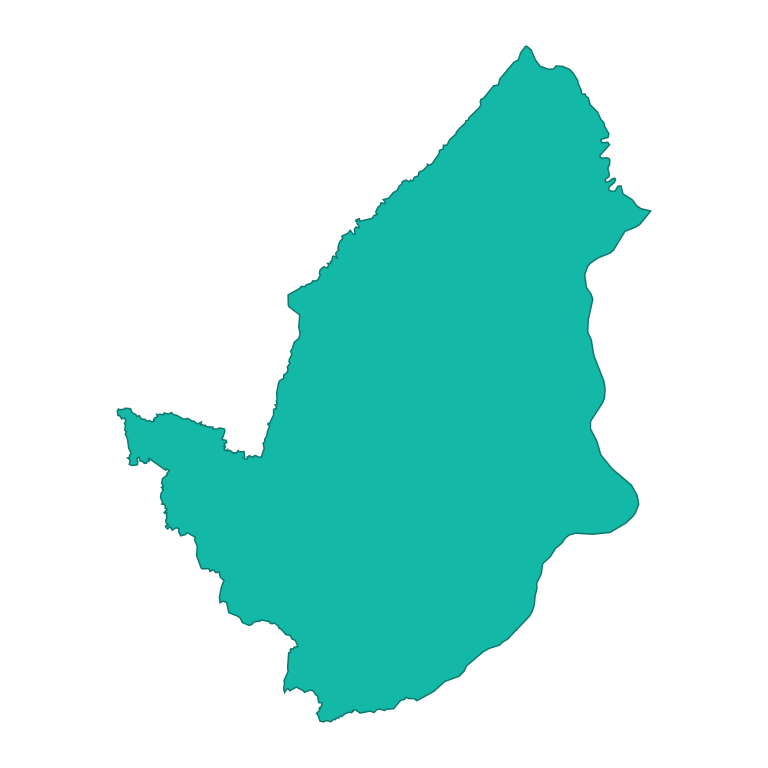 the district of Puerto Berrío, Antioquia, Colombia
{"feature_id": "7082276B36153632793263", "entity_name": "Puerto Berrío", "entity_type": "district", "adm_level": 2, "iso_a3": "COL", "parent_name": "Colombia", "parent_adm1": "Antioquia", "projection": "orthographic", "projection_center": [-74.62, 6.504], "detail": "fine", "context": "isolated", "style": "filled", "palette": "teal", "viewbox_px": 768, "rotation_deg": 0, "n_neighbors": 0, "source": "geoboundaries", "source_scale": "gbopen_adm2", "svg_char_len": 6105}
<svg xmlns="http://www.w3.org/2000/svg" viewBox="0 0 768 768"><path d="M380.8,202.9L380.3,205.5L378.0,207.1L375.7,212.1L377.3,214.3L373.9,215.5L372.3,218.3L359.8,221.3L359.4,218.7L356.0,220.0L355.7,221.0L357.1,221.4L357.0,223.4L359.3,226.6L358.4,228.0L356.2,226.9L354.3,229.3L355.0,234.1L353.2,234.3L350.2,230.3L347.8,233.4L341.8,236.1L342.7,238.4L339.7,241.9L338.2,246.3L338.0,248.8L339.0,249.8L336.2,252.4L335.7,254.0L337.1,257.9L334.1,256.1L332.8,256.4L331.7,261.1L330.4,261.7L330.8,263.5L327.7,263.5L328.6,264.5L327.7,267.9L323.5,266.8L320.0,270.1L319.4,273.6L320.3,274.9L317.9,279.6L315.7,281.2L313.1,280.6L311.2,283.2L306.2,284.9L304.8,286.7L301.3,286.4L299.7,288.4L288.1,294.9L288.3,305.4L289.3,307.0L299.7,314.9L298.8,327.0L300.1,334.2L298.7,338.5L294.2,342.3L292.3,348.7L290.6,351.2L291.9,354.3L289.5,358.8L289.0,361.7L290.0,363.4L287.4,366.8L288.0,370.3L286.2,373.5L283.8,374.8L283.7,378.2L279.6,380.8L278.6,383.0L276.6,393.3L277.1,399.9L276.3,401.1L277.3,404.3L275.1,404.8L276.7,408.2L273.6,409.4L273.5,415.2L269.7,423.1L268.0,423.4L267.9,424.6L269.9,425.7L267.6,430.9L266.8,435.7L264.7,439.4L264.9,441.7L263.1,443.2L264.2,448.3L261.3,457.0L259.2,457.3L255.2,455.4L252.0,457.4L249.3,455.5L248.3,457.0L247.2,456.9L247.1,458.9L246.0,459.3L243.4,458.0L244.6,457.2L244.1,451.6L239.2,451.9L238.2,450.6L236.1,453.0L234.2,452.6L233.7,453.4L229.9,450.3L227.3,451.0L227.5,449.5L226.2,450.5L224.0,449.5L225.4,447.2L223.9,446.4L225.0,445.7L224.3,443.6L226.8,442.4L226.2,440.4L222.0,439.5L224.9,431.2L224.2,428.9L219.2,428.0L216.4,429.4L212.8,428.7L213.0,427.2L206.3,426.6L205.3,425.2L204.1,425.8L202.5,424.6L200.7,425.0L201.4,422.1L197.2,424.0L194.1,421.1L192.1,421.1L187.7,418.4L183.7,419.3L177.5,415.7L172.8,414.2L171.5,412.5L168.5,414.0L164.1,413.0L163.4,414.8L159.7,414.2L157.9,415.1L156.8,414.4L157.6,417.0L155.1,417.6L153.4,419.8L154.2,421.1L152.2,421.8L149.4,420.6L146.5,421.3L145.2,419.4L141.4,419.0L139.1,415.5L136.8,416.6L135.9,414.5L132.1,412.7L130.7,409.0L129.6,408.6L125.1,408.2L123.8,409.3L119.7,409.7L118.4,409.0L117.3,411.0L117.9,415.4L120.0,416.0L121.6,418.9L124.5,417.9L125.3,419.6L125.7,422.0L124.4,423.2L125.3,424.9L124.9,430.4L126.4,431.9L125.2,433.9L127.4,438.4L128.7,448.1L131.2,453.9L129.6,455.0L129.3,457.6L127.6,458.0L130.3,460.0L129.2,464.4L132.1,465.5L137.4,464.8L137.8,461.1L136.6,458.7L139.0,457.1L140.1,460.8L142.8,461.7L144.4,463.4L146.4,463.2L146.9,462.0L149.2,461.0L149.5,459.9L148.3,458.7L148.8,458.3L165.7,470.2L166.5,468.7L169.1,470.6L166.9,473.6L167.1,474.9L162.5,478.7L161.7,483.2L163.2,486.4L161.6,487.4L163.0,488.1L162.2,489.1L163.3,490.0L161.1,493.3L160.5,497.7L162.7,502.6L161.7,504.0L164.4,504.4L165.5,506.3L165.0,508.0L167.1,509.1L164.1,512.7L165.0,513.4L165.9,512.1L166.8,512.6L166.4,516.2L167.3,517.5L165.8,519.8L166.1,523.0L168.3,524.9L165.6,525.9L165.6,526.7L167.4,528.9L170.3,526.9L172.2,530.2L176.0,527.8L179.0,528.5L178.6,531.8L180.7,535.8L185.2,534.7L187.3,532.6L195.5,537.4L194.5,539.7L197.3,546.4L196.6,555.6L201.2,568.1L202.5,568.9L208.9,568.6L210.0,571.4L213.4,569.8L215.9,572.7L219.0,571.9L220.3,577.1L224.0,580.6L221.5,586.7L219.4,597.3L220.1,602.7L223.2,601.1L226.7,602.6L228.8,612.7L237.1,615.9L240.1,617.9L242.3,622.5L249.1,625.4L251.7,624.5L254.2,621.8L260.1,621.1L261.4,619.9L269.6,621.8L270.1,623.2L272.1,623.8L274.5,623.0L278.2,625.9L279.1,628.3L281.6,629.5L285.7,634.5L290.6,635.6L291.9,638.9L295.3,640.4L297.9,646.6L294.1,647.1L293.5,649.0L290.8,648.8L290.2,649.9L290.8,652.1L288.7,652.8L287.6,668.1L288.2,671.2L284.1,680.5L284.5,684.4L283.6,688.4L284.6,692.5L286.9,689.0L288.3,688.8L289.7,690.8L296.4,687.1L303.7,690.9L304.3,692.4L310.2,690.1L313.2,690.9L315.7,694.8L317.4,695.6L318.8,702.6L322.0,703.0L321.7,705.9L320.0,707.4L320.4,708.4L319.4,708.2L319.6,710.2L316.5,713.5L317.7,714.4L320.0,721.1L323.9,721.9L326.2,720.5L331.0,721.8L333.2,719.6L335.5,719.6L336.1,718.0L338.8,718.0L339.4,716.6L342.0,716.2L345.6,713.4L348.9,712.2L351.5,712.6L353.1,711.4L352.4,710.5L355.3,709.7L360.1,713.1L370.0,711.1L374.1,712.5L376.9,709.6L379.4,709.0L384.5,710.5L386.3,709.3L393.6,708.7L400.7,700.3L404.6,699.4L405.6,697.2L408.3,698.5L414.2,698.7L416.9,700.7L433.9,691.3L444.9,681.4L459.1,676.2L463.9,671.4L466.6,665.8L483.2,651.7L489.4,648.3L499.6,645.1L502.3,642.3L507.6,639.1L529.3,616.4L532.2,611.3L534.3,605.0L535.1,595.7L536.9,589.1L536.7,583.2L541.2,573.9L542.7,563.6L550.1,556.9L555.3,548.7L562.1,542.8L565.3,538.0L569.4,534.9L575.6,533.2L592.2,534.2L609.9,532.5L625.7,523.1L633.0,516.3L635.5,512.6L638.7,504.3L637.1,495.5L631.5,485.2L612.2,468.9L600.7,454.7L597.0,441.6L590.5,428.9L590.5,421.4L602.8,402.3L604.4,398.0L605.1,389.1L603.9,381.3L593.8,355.3L591.2,339.6L587.7,332.2L588.2,319.9L592.8,299.3L591.2,294.5L586.4,287.4L584.7,274.6L587.6,266.5L590.4,263.2L597.6,258.1L610.3,252.9L613.5,250.1L624.9,231.4L635.8,227.0L640.1,224.1L650.7,211.0L641.0,208.7L636.6,205.7L632.3,199.8L622.9,193.8L621.0,186.0L618.0,186.2L615.4,190.6L613.9,191.4L610.2,190.9L608.4,189.3L609.3,186.8L614.4,182.4L615.6,179.4L614.9,178.4L612.9,178.5L608.5,181.8L606.5,182.2L605.4,181.3L605.1,179.6L608.9,176.6L609.4,174.9L607.8,168.1L609.6,164.5L609.7,159.8L609.0,158.6L606.5,157.7L601.8,158.3L600.3,157.2L599.9,155.5L609.5,144.8L607.8,142.4L601.6,142.7L601.0,139.4L608.1,137.4L608.8,133.7L604.8,126.8L603.8,122.6L600.8,119.3L597.5,112.1L590.1,104.6L588.4,98.0L585.7,96.0L585.2,94.1L582.5,94.1L581.2,93.0L581.5,90.8L578.2,83.9L577.7,80.5L573.3,73.3L569.7,69.4L562.6,66.4L555.9,66.0L553.7,69.0L548.6,69.3L540.2,66.3L535.4,59.9L531.1,49.8L526.5,46.1L525.3,46.5L520.5,53.2L518.4,59.8L513.8,62.4L499.9,78.9L498.3,84.9L493.5,85.9L483.6,98.3L481.1,99.2L480.2,101.6L481.0,104.7L479.1,107.9L469.1,117.6L468.5,119.9L465.9,120.9L465.5,122.8L459.3,128.7L456.3,132.2L456.0,133.9L449.7,139.7L447.0,145.1L443.4,145.3L443.3,148.9L439.5,150.3L439.1,153.7L432.3,163.4L429.9,165.4L427.5,164.2L427.2,166.5L422.7,170.6L419.0,172.1L418.2,176.0L414.4,177.2L412.6,181.0L410.8,180.1L409.0,181.8L406.2,180.1L402.4,181.5L401.5,184.5L399.3,186.0L397.3,190.3L393.2,192.7L388.8,198.1L383.2,199.7L385.0,201.7L385.1,203.5L380.8,202.9Z" fill="#14b8a6" stroke="#0f766e" stroke-width="1.5"/></svg>